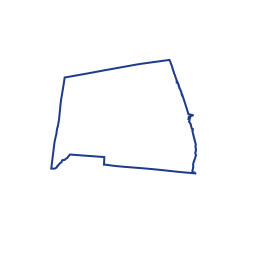 outline of Quilmes, Buenos Aires, Argentina, rotated 38°
{"feature_id": "61730980B6528535412911", "entity_name": "Quilmes", "entity_type": "district", "adm_level": 2, "iso_a3": "ARG", "parent_name": "Argentina", "parent_adm1": "Buenos Aires", "projection": "albers", "projection_center": [-58.244, -34.74], "detail": "fine", "context": "isolated", "style": "outline", "palette": "blue", "viewbox_px": 256, "rotation_deg": 38, "n_neighbors": 0, "source": "geoboundaries", "source_scale": "gbopen_adm2", "svg_char_len": 5235}
<svg xmlns="http://www.w3.org/2000/svg" viewBox="0 0 256 256"><g transform="rotate(38 128 128)"><path d="M209.0,122.4L208.9,122.2L208.5,122.2L208.2,122.2L207.9,122.2L207.7,122.2L207.3,122.6L207.2,122.7L206.8,122.7L206.0,123.0L205.9,122.9L205.6,122.7L205.4,122.5L205.2,122.3L205.1,122.1L205.1,121.9L204.9,121.7L204.7,121.3L204.7,121.0L204.4,120.5L204.3,120.1L204.1,119.8L203.9,119.6L203.8,119.4L203.6,119.2L203.5,118.9L203.5,118.6L203.3,118.3L203.2,118.1L203.0,117.9L202.8,117.8L202.6,117.7L202.4,117.5L202.1,117.2L201.9,116.8L201.6,116.3L201.5,116.0L201.3,115.7L201.1,115.5L201.0,115.2L200.8,114.7L200.8,114.4L200.7,114.3L200.7,114.0L200.6,113.8L200.4,113.5L200.4,113.4L200.4,113.2L200.2,113.0L200.2,112.7L200.1,112.4L199.9,112.0L199.8,111.6L199.6,111.2L199.5,110.9L199.4,110.5L199.3,110.2L199.2,109.9L199.0,109.5L198.7,108.9L198.6,108.6L198.6,108.4L198.5,108.1L198.4,107.9L198.4,107.7L198.2,107.5L197.9,107.2L197.6,107.1L197.4,107.0L197.1,106.9L196.7,106.5L196.3,106.2L196.2,105.7L196.1,105.4L196.0,105.2L195.8,105.1L195.6,104.8L195.5,104.3L195.4,104.1L195.3,103.9L195.2,103.8L195.3,103.7L195.1,103.4L194.9,103.2L194.7,103.0L194.4,102.7L194.0,102.4L193.9,102.2L193.7,102.1L193.5,101.9L193.2,101.6L192.9,101.5L192.6,101.2L192.5,100.8L192.4,100.6L192.0,100.2L191.9,99.9L191.9,99.7L191.5,99.1L191.3,99.0L191.1,98.8L190.9,98.8L190.7,98.6L190.4,98.4L190.3,98.2L190.1,98.1L189.6,97.8L189.3,97.5L189.1,97.3L188.9,97.2L188.6,96.9L188.4,96.9L188.3,96.7L188.2,96.6L187.6,96.3L187.3,96.1L187.2,95.9L187.1,95.7L186.8,95.6L186.6,95.5L186.4,95.3L186.3,95.1L186.0,94.8L185.8,94.7L185.6,94.7L185.3,94.5L185.0,94.3L184.6,93.9L184.3,93.7L184.2,93.4L183.9,93.2L183.7,93.2L183.1,92.7L182.8,92.5L182.4,92.2L181.8,91.7L181.4,91.3L181.3,91.2L181.1,91.0L180.9,90.9L180.7,90.8L180.6,90.7L180.4,90.5L180.3,90.4L180.2,90.3L180.1,90.2L180.3,89.9L180.3,89.6L180.1,89.4L179.8,89.0L179.6,88.8L179.2,88.8L178.9,89.0L178.5,89.1L178.3,89.0L176.6,87.7L176.4,87.5L175.5,86.8L175.3,86.7L175.2,86.4L174.9,86.4L174.7,86.3L173.4,85.8L173.0,85.7L172.8,85.7L172.6,85.6L172.4,85.5L172.2,85.4L172.2,85.1L172.2,84.8L172.1,84.6L172.0,84.4L171.6,84.1L171.4,84.0L171.1,83.9L171.0,83.7L170.9,83.8L170.6,83.8L170.5,83.7L170.4,83.6L170.2,83.7L170.0,83.3L170.0,83.2L170.6,83.2L170.8,83.0L170.9,82.9L171.0,82.6L170.9,82.4L170.8,81.9L170.7,81.8L170.6,81.6L170.4,81.8L170.2,82.1L169.9,82.3L169.7,82.5L169.6,82.8L169.1,82.0L169.2,81.8L169.6,81.2L169.8,80.9L170.0,80.7L170.0,80.4L170.2,80.1L170.4,79.7L170.8,78.9L171.1,78.6L171.3,78.4L171.3,78.1L171.2,78.0L170.9,78.2L170.6,78.2L170.0,78.4L169.7,78.6L169.5,78.8L169.2,78.9L168.9,79.0L168.7,79.2L168.6,79.3L168.4,79.4L168.0,79.4L167.8,79.5L167.7,79.5L167.5,79.8L167.4,80.0L167.2,80.0L165.8,79.0L161.4,75.9L154.2,71.0L153.9,70.8L150.9,68.8L150.7,69.1L150.2,68.8L150.0,68.6L149.8,68.4L149.7,68.5L149.5,68.4L149.3,68.2L149.1,68.0L148.6,67.6L148.3,67.3L148.1,67.1L147.9,66.8L147.3,66.5L147.1,66.5L146.8,66.3L146.2,66.0L146.0,65.8L145.8,65.7L145.6,65.5L145.4,65.4L145.1,65.3L144.9,65.3L144.5,65.0L144.3,65.0L144.2,65.0L144.0,64.9L143.8,64.8L143.4,64.3L143.1,64.3L143.0,64.2L142.9,64.0L142.7,64.0L142.5,63.9L142.4,63.8L142.2,63.8L142.0,63.6L141.9,63.3L141.8,63.0L141.5,62.9L141.3,62.9L141.2,62.9L140.9,62.7L140.7,62.6L140.6,62.4L140.3,62.3L140.1,62.2L139.9,62.0L139.7,61.9L139.4,61.9L139.2,61.9L139.0,62.1L138.9,62.2L138.7,62.2L138.8,61.9L139.0,61.7L138.8,61.5L138.7,61.4L138.5,61.2L138.2,61.1L137.7,61.0L137.3,61.0L137.2,60.8L137.2,60.6L136.8,60.4L136.7,60.4L136.4,60.2L136.2,59.9L135.9,59.7L135.6,59.5L135.4,59.4L134.9,59.2L134.5,59.0L134.3,58.8L134.1,58.6L133.8,58.4L133.6,58.3L133.3,58.1L132.7,57.7L132.3,57.4L131.9,57.2L131.5,57.0L131.3,56.9L131.0,56.8L130.7,56.6L130.4,56.5L130.3,56.4L130.1,56.2L129.9,55.9L129.5,55.6L129.2,55.4L128.8,55.3L128.6,55.2L128.4,55.0L128.3,54.9L128.2,54.8L128.0,54.7L127.8,54.5L127.5,54.4L127.3,54.3L127.1,54.1L126.8,53.9L126.4,53.7L126.2,53.4L125.7,53.0L125.5,52.9L125.3,52.8L125.1,52.7L124.9,52.5L124.6,52.3L123.8,51.7L123.4,51.6L123.2,51.5L122.9,51.3L122.5,50.9L122.1,50.8L121.7,50.5L121.5,50.4L120.5,49.7L119.8,49.4L119.5,49.3L119.2,49.1L119.0,48.9L118.8,48.8L118.6,49.0L100.1,68.0L95.6,72.8L73.4,97.6L71.4,99.9L61.3,111.3L51.5,122.2L47.0,127.2L49.9,132.3L55.1,141.8L57.8,146.8L58.2,147.4L59.5,149.7L61.6,153.0L68.7,164.2L72.0,170.6L72.0,171.0L73.5,173.9L74.0,174.8L74.4,175.5L75.0,176.2L75.7,177.9L78.8,184.4L86.6,197.4L92.5,207.2L94.5,205.8L94.7,205.5L94.9,205.3L95.1,205.1L95.3,204.9L95.5,204.7L95.7,204.2L95.8,203.8L95.8,203.6L96.1,203.0L96.1,202.7L96.0,202.4L95.8,202.1L95.8,201.8L95.8,201.4L96.0,201.0L96.1,200.5L95.9,200.1L95.9,199.6L96.0,199.1L96.1,198.5L96.1,198.0L96.1,197.7L96.4,196.7L96.5,196.3L96.6,195.7L96.4,195.2L96.2,194.6L96.1,194.3L96.1,193.9L96.2,193.5L96.5,193.3L96.7,193.1L96.9,193.0L97.1,192.8L97.5,192.4L97.7,192.1L97.8,191.8L97.9,191.5L97.9,191.0L98.0,190.6L98.1,190.0L98.2,189.7L98.3,189.5L98.5,189.3L98.6,188.8L98.6,188.2L98.5,187.8L98.5,187.4L98.6,187.1L98.6,186.7L98.5,186.3L98.5,185.9L98.6,185.6L98.6,185.3L98.6,184.9L98.6,184.6L110.2,176.9L123.9,167.7L127.2,165.5L130.1,169.4L131.6,171.7L133.6,170.3L138.1,167.7L142.9,164.8L150.0,160.2L163.4,151.3L171.4,146.1L179.3,141.1L194.6,131.6L208.1,122.9L208.7,122.6L209.0,122.4Z" fill="none" stroke="#1e3a8a" stroke-width="2"/></g></svg>